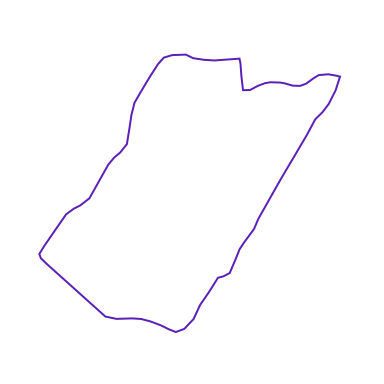 outline of Bayi-Brikolo, Haut-Ogooué, Gabon, rotated 355°
{"feature_id": "22940354B11019670045233", "entity_name": "Bayi-Brikolo", "entity_type": "district", "adm_level": 2, "iso_a3": "GAB", "parent_name": "Gabon", "parent_adm1": "Haut-Ogooué", "projection": "mercator", "projection_center": [14.109, -0.581], "detail": "fine", "context": "isolated", "style": "outline", "palette": "violet", "viewbox_px": 384, "rotation_deg": 355, "n_neighbors": 0, "source": "geoboundaries", "source_scale": "gbopen_adm2", "svg_char_len": 956}
<svg xmlns="http://www.w3.org/2000/svg" viewBox="0 0 384 384"><g transform="rotate(355 192 192)"><path d="M349.5,90.0L346.7,88.9L338.0,86.6L328.4,86.6L323.0,89.3L315.0,94.1L308.8,95.7L301.5,94.8L293.7,91.8L289.6,90.7L279.6,89.5L273.9,90.0L266.6,92.1L258.6,95.5L251.7,95.0L251.3,80.4L251.5,68.3L250.9,63.3L225.7,62.9L215.7,61.4L204.8,58.8L197.9,54.6L184.1,53.9L175.6,55.7L169.4,61.5L160.1,73.5L149.2,88.5L142.5,98.1L138.3,110.2L135.6,121.6L131.3,138.7L123.9,146.4L117.5,150.9L111.0,157.4L89.3,189.3L79.6,195.6L73.0,198.2L64.7,203.2L40.5,232.4L34.5,240.4L35.7,244.9L41.5,251.5L94.8,308.5L105.6,311.8L121.3,312.7L130.4,314.1L139.3,317.3L149.5,322.2L157.1,326.8L163.7,330.1L172.4,327.7L182.5,318.7L190.3,305.1L200.1,293.3L210.4,279.7L216.1,278.7L222.5,276.0L230.3,261.4L234.4,253.2L239.4,246.9L250.6,234.2L255.7,224.6L281.3,187.3L311.2,145.5L321.2,130.2L328.9,123.9L335.9,116.2L343.9,103.3L349.5,90.0Z" fill="none" stroke="#5b21b6" stroke-width="2"/></g></svg>